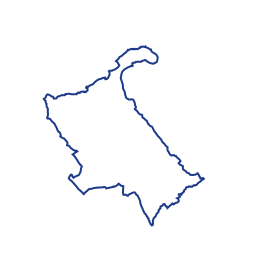 the district of Chocontá, Cundinamarca, Colombia, rotated 291°
{"feature_id": "7082276B4059288280821", "entity_name": "Chocontá", "entity_type": "district", "adm_level": 2, "iso_a3": "COL", "parent_name": "Colombia", "parent_adm1": "Cundinamarca", "projection": "mercator", "projection_center": [-73.685, 5.113], "detail": "fine", "context": "isolated", "style": "outline", "palette": "blue", "viewbox_px": 256, "rotation_deg": 291, "n_neighbors": 0, "source": "geoboundaries", "source_scale": "gbopen_adm2", "svg_char_len": 5754}
<svg xmlns="http://www.w3.org/2000/svg" viewBox="0 0 256 256"><g transform="rotate(291 128 128)"><path d="M109.6,48.9L108.6,48.8L108.1,49.1L108.1,50.0L108.5,50.9L108.5,51.9L106.3,55.9L105.9,57.6L104.4,59.1L103.3,60.6L100.6,63.1L100.0,64.0L99.6,64.2L99.7,65.2L98.7,66.7L97.6,67.5L97.1,67.8L96.7,67.7L96.5,67.9L95.9,67.8L95.6,68.2L95.2,71.4L95.3,72.0L94.6,73.6L93.9,74.6L93.0,76.5L91.7,77.1L90.0,77.3L90.2,78.6L89.9,80.1L88.7,81.8L88.6,82.7L88.2,83.7L87.8,86.1L87.8,86.7L88.2,87.4L88.0,88.0L88.3,88.7L88.1,89.1L87.2,88.5L86.7,87.7L85.4,87.3L83.5,85.8L82.8,87.6L81.2,90.2L77.4,95.2L77.0,96.2L76.6,96.5L76.2,97.8L75.6,98.6L75.3,98.7L73.6,98.6L70.4,99.4L67.0,99.1L66.2,98.7L63.1,95.5L62.0,94.9L63.1,93.1L63.8,92.9L64.0,92.7L64.2,92.0L64.1,91.6L63.3,91.1L60.4,90.6L60.0,90.7L59.2,91.5L58.2,94.5L57.1,96.8L54.4,101.8L53.1,103.7L52.7,105.2L51.5,108.3L50.4,110.2L50.4,110.5L52.4,111.0L54.7,112.5L56.4,113.1L56.9,113.4L58.5,116.2L59.9,117.9L60.5,119.3L61.1,119.9L61.2,120.8L62.3,122.6L62.5,123.5L63.5,125.5L64.2,126.5L64.6,128.0L63.8,129.2L63.8,129.5L64.7,130.6L67.2,134.6L67.4,134.9L68.0,135.1L68.2,135.4L68.2,136.3L71.0,138.7L72.2,138.9L72.7,139.3L71.7,142.0L71.7,143.1L72.0,144.5L65.8,146.4L64.0,147.8L64.9,149.6L64.9,150.2L64.5,151.5L64.7,152.2L65.7,152.4L66.5,153.0L69.5,155.8L70.3,157.3L70.2,157.9L68.7,159.6L68.6,160.8L66.9,162.7L64.4,165.3L61.9,166.7L59.6,168.7L58.8,169.6L56.3,171.9L55.8,172.6L54.4,173.9L54.0,175.2L52.4,177.0L52.3,177.8L51.4,178.3L51.0,178.8L50.9,179.6L49.8,180.1L49.0,181.2L47.9,181.8L47.0,183.1L46.6,183.3L46.1,184.0L45.6,185.0L46.1,185.7L46.9,185.5L47.4,185.7L49.2,184.9L50.2,184.8L50.7,184.3L52.3,184.4L53.1,184.3L53.9,184.9L54.7,184.9L55.3,185.4L56.3,185.5L57.3,185.4L59.0,185.7L59.5,186.2L60.6,186.6L61.3,186.4L61.5,186.2L62.1,186.0L62.7,186.1L63.0,186.5L63.9,186.6L64.5,187.1L65.8,186.5L66.6,186.6L67.1,187.3L67.7,187.9L69.2,188.1L70.1,189.0L70.0,189.6L69.4,189.9L69.0,190.9L68.5,191.4L68.4,191.8L68.6,192.2L68.1,192.7L67.9,193.3L67.5,193.5L73.6,196.6L73.5,197.1L73.0,197.5L73.0,197.9L73.4,198.3L74.8,199.1L75.3,199.5L75.6,200.2L76.5,201.0L77.6,201.6L78.2,201.5L78.9,201.1L79.4,200.6L80.0,200.2L80.1,199.1L82.4,201.2L83.5,200.2L83.9,199.2L84.3,199.2L84.4,199.8L85.3,200.7L85.0,201.8L86.6,201.8L87.6,202.7L88.7,203.0L89.0,202.7L90.5,202.9L91.4,203.6L91.4,203.9L91.1,204.0L92.6,203.6L93.3,203.6L94.0,204.3L94.4,205.4L95.2,205.6L95.4,206.0L95.6,206.8L95.5,207.4L96.0,207.9L96.0,208.7L96.2,209.0L96.8,209.1L98.2,210.1L98.3,211.1L98.9,211.4L99.1,212.0L99.4,212.3L102.0,213.3L104.4,215.0L106.5,215.9L107.4,217.0L107.8,217.0L107.9,216.8L108.1,215.6L106.9,214.0L106.8,213.7L108.4,212.3L108.6,211.6L109.9,210.6L110.2,209.7L110.7,209.2L108.7,207.8L108.5,207.5L108.2,206.7L107.5,205.8L106.6,203.1L106.8,202.4L107.6,201.1L107.4,199.7L107.5,198.9L108.5,197.2L108.9,195.0L109.3,194.1L110.3,193.5L112.0,193.0L112.2,192.1L112.5,189.1L113.3,187.9L114.0,188.1L115.1,188.7L115.9,188.9L116.8,187.7L117.9,185.1L118.2,183.8L119.1,182.7L118.8,181.3L119.1,180.3L118.7,179.5L118.1,179.0L117.9,178.5L118.2,176.9L119.4,175.4L120.1,174.7L120.7,173.7L121.3,173.0L122.8,172.2L124.2,171.9L124.3,171.2L125.5,168.7L126.4,167.4L127.1,165.3L128.8,163.4L129.7,162.0L131.3,158.6L133.9,154.8L134.4,153.7L137.2,150.7L137.6,150.1L137.9,149.5L137.8,148.1L139.2,145.2L141.5,142.9L142.1,140.6L142.9,139.1L142.9,138.0L143.1,137.7L143.4,137.4L145.0,136.8L145.4,136.3L145.0,134.7L145.3,133.2L147.4,129.9L147.9,127.8L148.2,127.5L149.5,128.0L150.5,127.9L151.5,126.7L154.1,125.1L156.1,123.1L156.3,122.5L156.2,121.5L154.9,118.7L155.2,116.4L155.6,115.4L157.2,114.2L158.3,113.2L159.5,112.8L161.7,110.8L163.2,109.1L166.7,107.6L171.8,103.4L176.4,102.5L178.6,102.5L179.2,102.7L181.4,103.7L184.8,106.4L185.4,107.2L186.9,108.4L187.1,108.8L187.1,109.6L187.4,110.0L188.0,110.0L189.7,108.8L190.3,109.4L190.9,109.5L191.3,110.9L192.6,111.6L193.0,112.8L193.7,114.0L194.3,116.1L194.4,116.4L195.8,117.2L196.6,118.5L197.5,119.4L197.6,119.8L197.5,120.8L197.2,121.3L196.8,122.8L196.6,124.3L196.6,125.8L197.1,128.8L198.0,129.3L199.2,130.7L199.7,131.0L200.8,131.2L204.2,130.6L205.2,129.9L206.3,128.6L206.7,127.9L207.2,125.9L207.4,123.9L207.7,123.1L208.7,121.7L209.5,121.4L209.2,120.4L209.8,118.4L209.7,116.6L209.9,115.9L210.4,115.0L209.6,114.7L209.5,113.0L209.3,112.6L208.6,112.0L208.5,111.0L207.9,110.4L207.0,110.5L206.7,109.9L205.6,109.2L205.3,108.6L204.9,108.4L204.8,107.5L204.1,106.3L204.2,105.8L203.8,105.7L203.8,104.9L203.6,104.3L203.2,104.2L203.2,103.4L202.9,102.9L202.9,102.4L201.6,101.4L201.0,99.9L200.1,100.1L199.9,100.0L198.6,99.1L197.6,98.9L197.0,98.2L195.3,97.5L194.2,96.7L193.4,96.5L191.2,94.7L190.5,94.6L188.7,94.1L186.1,92.8L185.7,94.5L183.4,97.4L182.3,97.2L180.9,96.7L179.4,95.8L178.0,94.8L176.3,92.9L175.7,92.5L175.2,91.0L174.5,90.1L174.1,89.8L173.3,90.7L172.5,91.2L171.4,91.6L170.6,91.7L167.3,91.4L166.0,90.5L165.4,89.4L165.7,89.0L166.8,88.8L166.9,88.6L165.7,86.5L164.5,85.5L163.2,83.6L161.0,81.7L158.1,80.2L156.9,79.9L156.2,79.5L154.6,77.7L152.2,75.7L151.8,74.5L151.0,74.3L150.7,74.5L151.3,75.2L151.0,76.0L150.1,75.8L149.5,76.3L148.6,76.8L148.1,76.4L147.1,75.9L146.8,76.0L145.9,74.9L145.9,74.7L146.3,74.4L146.3,74.1L145.8,73.7L145.9,73.1L145.7,72.4L145.1,71.3L144.6,70.9L143.8,70.7L143.2,70.0L143.2,69.8L143.5,69.5L143.5,69.2L143.1,68.8L142.9,68.4L142.5,68.2L141.7,68.2L141.5,67.9L141.1,67.8L139.3,63.4L138.8,60.5L138.3,59.3L137.6,58.6L137.3,57.4L136.3,57.4L135.7,56.8L135.6,56.2L135.1,55.2L135.1,54.8L134.8,54.1L133.0,52.5L132.5,51.4L131.1,50.7L130.0,50.6L129.6,49.8L128.9,48.2L130.1,47.1L130.3,46.5L130.1,46.2L130.1,45.4L130.6,43.6L130.7,41.5L130.5,40.7L128.5,40.0L127.1,40.2L126.4,39.9L124.9,39.0L124.1,40.2L124.0,41.2L122.6,41.8L121.2,43.4L120.7,43.4L119.7,43.9L118.5,44.7L117.3,46.3L114.3,47.3L112.0,48.5L109.6,48.9Z" fill="none" stroke="#1e3a8a" stroke-width="2"/></g></svg>